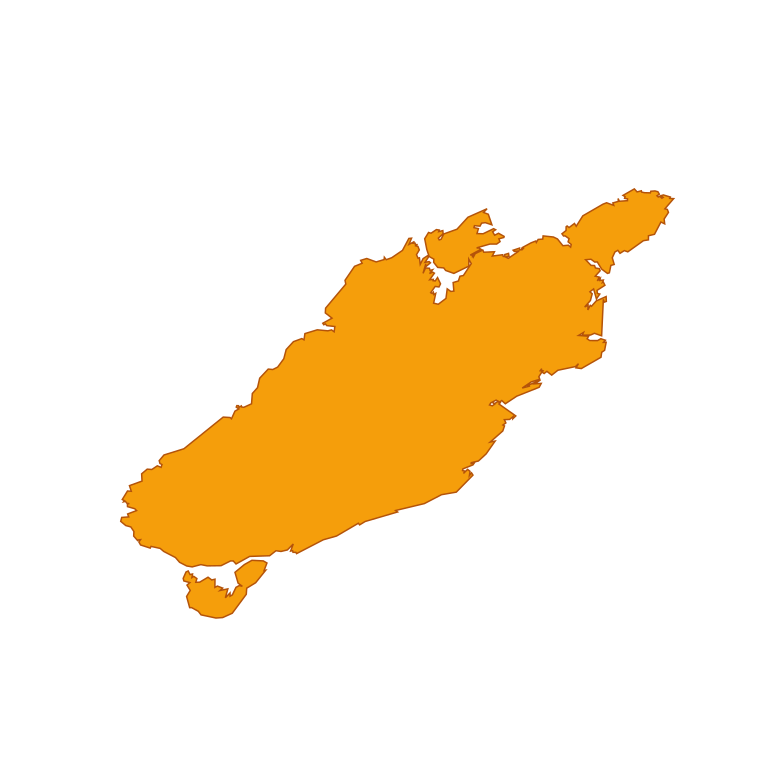 the district of Meland nor, Norway, rotated 113°
{"feature_id": "86288312B27116623213145", "entity_name": "Meland nor", "entity_type": "district", "adm_level": 2, "iso_a3": "NOR", "parent_name": "Norway", "parent_adm1": "", "projection": "albers", "projection_center": [5.101, 60.561], "detail": "fine", "context": "isolated", "style": "filled", "palette": "amber", "viewbox_px": 768, "rotation_deg": 113, "n_neighbors": 0, "source": "geoboundaries", "source_scale": "gbopen_adm2", "svg_char_len": 6160}
<svg xmlns="http://www.w3.org/2000/svg" viewBox="0 0 768 768"><g transform="rotate(113 384 384)"><path d="M113.0,193.9L100.2,189.8L101.5,193.5L100.0,193.5L100.8,200.7L102.5,202.7L103.1,199.9L104.4,200.8L103.5,203.3L104.7,204.6L104.1,206.3L101.7,204.7L100.0,207.0L100.4,210.0L102.3,213.7L104.0,213.5L106.1,218.9L106.7,221.8L105.6,222.6L108.3,226.1L106.6,229.8L117.0,237.7L117.3,235.3L119.1,235.1L118.4,232.2L120.1,231.5L123.8,238.7L121.8,241.0L124.3,239.6L127.9,244.1L129.8,242.3L130.2,249.9L132.9,252.7L151.5,266.7L163.7,268.7L161.8,271.4L167.7,274.8L167.0,277.2L168.1,277.8L171.6,276.4L176.2,278.9L177.6,276.6L176.9,275.1L177.9,270.5L181.2,270.1L182.4,266.2L185.1,265.7L184.2,268.5L186.8,273.4L182.7,281.0L182.5,285.5L185.5,295.4L188.6,294.5L190.7,298.6L194.2,299.1L193.1,300.2L196.6,303.8L204.5,310.1L205.6,310.1L203.8,308.4L206.4,309.3L207.6,311.6L205.9,312.3L210.4,317.4L211.1,315.8L208.7,311.6L219.8,318.7L219.6,321.8L217.5,318.9L215.1,320.4L217.6,323.4L219.5,322.7L220.0,324.1L218.6,325.2L223.9,334.3L219.1,334.0L223.7,343.6L222.1,345.4L230.1,352.5L231.2,352.4L229.0,351.0L232.5,351.4L230.9,353.4L231.6,355.0L222.1,347.4L221.7,350.3L222.8,351.8L221.8,351.1L213.8,341.2L211.2,335.0L207.6,332.8L205.5,335.0L202.3,330.9L201.2,331.1L200.5,337.5L203.8,340.3L201.4,343.5L198.4,341.5L198.2,343.8L207.0,351.5L209.2,357.2L204.1,357.8L204.9,362.3L202.9,362.6L201.2,357.3L197.8,357.0L195.9,353.8L195.3,346.9L187.0,354.3L187.2,359.4L182.4,357.6L197.7,371.9L213.0,377.3L222.5,387.6L228.5,388.0L229.8,389.5L228.5,391.0L222.6,388.3L219.8,389.8L222.4,393.2L220.7,393.3L221.4,396.1L226.8,399.6L227.1,402.2L234.4,403.3L243.4,397.2L249.0,392.3L249.6,386.9L252.6,385.8L255.7,380.1L253.8,374.4L255.4,371.6L254.9,362.9L242.4,352.0L236.0,354.7L239.1,350.7L253.1,353.3L255.1,356.2L260.1,355.8L263.6,360.0L271.2,356.0L272.7,358.7L271.7,363.0L281.0,360.4L289.4,365.2L290.2,369.9L280.4,371.8L282.2,373.1L280.2,374.4L281.9,375.0L281.7,376.7L274.2,375.0L273.2,371.3L269.7,371.1L265.1,376.3L269.1,377.1L269.7,379.2L268.4,379.5L270.2,382.7L262.3,380.9L262.0,382.9L264.6,385.2L259.8,383.9L261.5,386.0L259.7,387.4L261.0,391.1L266.9,391.3L257.0,392.5L259.9,391.5L254.3,388.6L253.7,390.3L256.0,393.8L249.6,392.6L249.0,394.1L253.3,397.0L259.7,397.4L254.0,400.7L254.9,401.8L252.3,404.6L246.8,403.9L244.1,406.5L244.4,408.6L242.3,407.8L243.8,409.3L242.2,410.4L243.3,413.0L240.9,411.6L245.8,415.6L239.0,415.6L240.3,418.0L253.8,419.2L264.7,426.2L268.7,430.5L267.2,433.2L269.4,432.5L274.7,438.9L275.2,448.9L279.3,453.8L281.4,451.3L287.2,457.1L303.8,460.4L307.0,458.2L337.0,467.4L341.5,465.8L343.7,457.6L352.0,464.1L353.0,462.6L351.6,461.4L352.6,459.5L350.3,451.7L355.4,450.3L354.7,453.4L357.0,456.5L360.2,466.6L368.5,476.5L374.6,474.9L374.3,477.4L380.4,483.9L390.5,487.5L399.9,486.1L410.0,488.5L414.1,492.0L415.5,496.4L427.2,500.7L436.8,499.0L444.2,501.5L454.0,498.2L460.2,503.9L460.8,505.9L459.9,506.8L462.2,508.3L460.8,509.4L461.4,511.0L463.0,511.0L463.7,507.9L467.2,510.6L475.6,510.8L475.0,512.6L477.3,519.1L521.8,542.9L535.3,558.8L542.4,561.0L544.7,559.2L544.9,556.9L547.8,556.6L547.9,560.7L553.4,564.3L554.9,568.7L561.4,572.0L567.9,568.8L577.0,578.6L581.5,574.7L582.7,578.3L592.6,579.8L592.9,577.4L594.2,577.7L593.1,576.2L594.3,573.9L593.6,571.6L594.6,573.4L597.1,572.2L596.2,564.7L597.2,562.3L603.8,569.2L606.1,567.1L609.3,573.3L613.3,572.7L615.2,566.4L614.5,561.2L617.5,556.6L621.8,555.0L624.7,549.0L623.9,550.0L622.4,547.3L625.2,547.9L627.3,545.2L626.4,535.1L624.5,535.0L622.8,525.8L624.2,521.3L625.2,508.2L628.0,502.5L628.6,494.5L627.3,489.1L621.8,482.0L620.5,475.7L614.9,463.0L606.8,456.1L605.8,453.6L607.5,449.9L595.2,440.3L586.8,422.2L579.7,418.3L578.4,413.4L574.5,408.1L566.7,405.0L574.3,404.7L573.1,403.0L574.5,402.0L573.4,399.3L574.3,398.2L551.1,379.0L542.5,368.3L522.2,353.2L523.2,351.4L517.9,347.6L496.5,321.5L495.9,323.9L478.3,300.1L463.4,287.8L455.3,275.2L433.1,266.5L431.6,268.7L434.9,269.6L430.8,270.7L429.9,273.7L435.3,275.9L432.5,275.3L433.0,277.9L431.3,278.2L423.7,270.5L421.8,270.1L423.2,272.7L422.3,272.9L418.0,267.0L408.5,262.7L393.1,259.4L396.0,263.6L380.8,256.3L375.5,256.7L375.3,258.5L372.2,256.6L369.8,259.3L367.5,254.5L363.5,252.4L365.6,251.8L361.9,250.2L357.5,270.4L355.9,269.7L355.8,272.5L358.6,274.3L358.7,276.7L359.4,274.3L361.8,275.8L362.1,278.7L359.6,278.3L355.0,274.5L355.4,270.4L353.2,269.1L354.8,264.6L343.4,257.1L326.4,239.9L322.0,239.5L324.9,245.3L319.1,241.5L329.9,251.8L328.8,248.8L333.7,255.2L324.5,249.3L318.8,242.5L316.8,244.3L311.5,243.4L310.4,243.8L310.8,245.4L308.2,244.8L310.0,244.9L309.7,242.7L311.3,243.1L311.8,240.7L308.7,239.0L310.3,233.1L303.4,229.3L293.1,214.5L289.3,212.9L294.1,213.6L292.7,208.4L274.6,194.7L269.7,196.0L266.8,194.1L258.8,195.8L259.9,198.2L257.2,197.3L257.6,202.1L260.6,204.4L263.6,211.6L263.0,214.7L260.1,214.3L263.3,223.9L258.6,220.5L261.6,220.5L258.2,213.0L255.1,210.1L254.6,202.5L220.3,215.2L222.6,213.2L221.1,211.6L216.7,213.7L224.6,221.1L231.4,223.4L231.0,224.9L236.2,225.3L231.7,226.9L234.7,229.4L226.5,226.6L219.6,227.6L218.7,230.5L214.6,228.2L222.7,221.7L216.9,220.5L217.2,223.0L214.6,224.5L206.8,219.2L204.4,222.0L205.2,222.6L202.6,222.7L204.4,225.8L202.2,226.2L205.7,228.0L201.5,227.6L202.2,231.7L195.3,229.3L193.7,230.9L194.6,234.7L192.7,236.5L193.9,239.8L190.8,247.0L188.3,242.2L189.4,237.6L188.3,235.4L193.2,228.5L194.9,221.5L193.6,220.0L186.2,221.5L184.0,218.8L178.6,223.2L172.2,223.0L169.6,221.0L171.5,217.8L167.3,214.9L167.1,211.2L150.7,201.2L148.0,196.9L144.2,198.5L140.5,193.5L126.7,192.4L126.9,188.2L122.7,190.6L114.9,189.2L112.6,191.4L113.0,193.9ZM601.6,420.1L602.6,421.5L594.5,421.8L594.0,426.0L597.9,436.7L604.8,442.0L615.6,447.6L624.3,440.5L625.6,435.3L626.0,438.4L629.0,440.8L637.4,441.2L639.5,442.8L636.5,444.1L642.8,446.5L633.6,447.7L638.2,454.3L634.9,452.8L635.1,458.4L637.3,460.2L629.7,463.3L631.7,466.0L630.6,470.5L638.4,476.2L640.1,479.8L636.2,480.2L635.4,484.0L637.2,485.2L633.7,486.0L635.2,488.1L632.6,491.2L634.4,492.8L641.4,492.9L643.5,491.3L642.7,485.1L646.1,486.8L649.7,481.7L656.7,482.7L665.8,475.5L665.0,473.6L665.8,466.1L668.0,462.2L665.1,447.3L662.0,441.2L654.3,434.1L631.4,428.6L625.6,430.6L617.1,424.5L601.6,420.1Z" fill="#f59e0b" stroke="#b45309" stroke-width="1.5"/></g></svg>